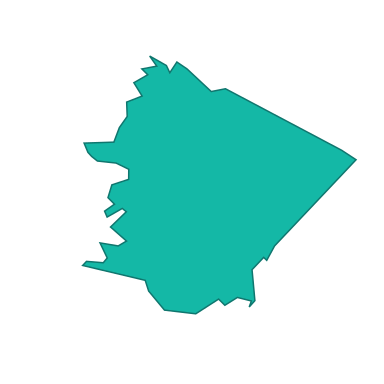 outline of Mercer, Kentucky, United States of America, rotated 217°
{"feature_id": "52423323B2643841016629", "entity_name": "Mercer", "entity_type": "district", "adm_level": 2, "iso_a3": "USA", "parent_name": "United States of America", "parent_adm1": "Kentucky", "projection": "orthographic", "projection_center": [-84.826, 37.824], "detail": "fine", "context": "isolated", "style": "filled", "palette": "teal", "viewbox_px": 384, "rotation_deg": 217, "n_neighbors": 0, "source": "geoboundaries", "source_scale": "gbopen_adm2", "svg_char_len": 810}
<svg xmlns="http://www.w3.org/2000/svg" viewBox="0 0 384 384"><g transform="rotate(217 192 192)"><path d="M80.4,316.5L97.5,315.4L227.4,294.6L237.1,283.8L270.0,287.3L282.3,286.7L281.5,273.9L288.6,277.6L307.6,275.1L295.9,271.3L306.1,260.1L297.9,259.0L304.2,244.3L289.6,238.6L298.3,224.5L289.2,213.3L288.8,199.8L284.4,184.8L307.6,166.1L298.9,161.0L293.5,160.0L286.2,159.8L270.1,169.4L256.2,172.1L250.2,164.0L260.3,149.5L255.7,136.9L246.6,135.6L250.3,124.1L244.7,120.9L237.8,136.9L232.6,136.7L236.0,115.0L214.8,113.4L218.5,104.5L234.8,96.0L220.0,88.3L220.3,82.1L234.5,73.1L235.1,67.5L176.2,93.3L167.0,86.8L142.9,81.1L115.7,97.0L106.3,122.5L97.6,121.3L92.3,135.1L79.0,140.7L77.1,134.6L76.4,143.1L97.3,166.1L95.4,182.9L91.2,182.4L93.6,198.7L80.4,316.5Z" fill="#14b8a6" stroke="#0f766e" stroke-width="1.5"/></g></svg>